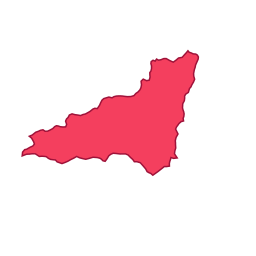 Uchoa, São Paulo, Brazil, rotated 231°
{"feature_id": "56859067B91289400241148", "entity_name": "Uchoa", "entity_type": "district", "adm_level": 2, "iso_a3": "BRA", "parent_name": "Brazil", "parent_adm1": "São Paulo", "projection": "albers", "projection_center": [-49.149, -20.932], "detail": "fine", "context": "isolated", "style": "filled", "palette": "rose", "viewbox_px": 256, "rotation_deg": 231, "n_neighbors": 0, "source": "geoboundaries", "source_scale": "gbopen_adm2", "svg_char_len": 2431}
<svg xmlns="http://www.w3.org/2000/svg" viewBox="0 0 256 256"><g transform="rotate(231 128 128)"><path d="M163.6,193.6L162.9,191.2L164.9,190.1L165.0,187.8L163.6,186.3L161.5,185.4L159.4,183.7L157.9,181.8L157.3,179.8L155.5,178.4L153.7,177.2L151.8,174.6L153.1,172.2L156.4,170.6L156.1,167.6L153.1,165.7L151.3,163.6L150.2,161.5L149.7,158.5L149.9,155.8L149.4,153.0L150.6,150.1L152.7,147.3L154.7,145.3L156.2,143.9L157.5,142.5L158.8,140.9L160.1,139.1L161.2,136.8L161.5,134.6L164.1,132.6L165.2,129.9L166.1,127.7L166.0,125.3L164.7,122.4L163.6,120.3L162.4,116.4L164.2,114.6L164.8,112.6L164.8,108.8L165.2,106.5L165.7,103.7L166.8,101.5L167.5,99.0L169.6,97.2L171.7,95.2L174.2,93.4L175.0,90.6L173.9,88.1L173.7,85.9L172.6,83.8L169.4,82.6L168.1,80.3L169.7,78.1L171.6,76.2L173.4,75.1L174.8,73.8L175.2,71.9L174.9,69.2L175.5,66.0L176.2,63.4L177.7,61.5L180.1,60.8L181.3,58.5L181.8,56.4L182.8,53.6L182.8,49.2L183.7,46.1L180.8,46.7L176.6,46.0L174.4,45.1L173.9,42.6L174.6,40.1L175.0,37.8L175.3,35.8L176.2,34.1L175.6,30.9L172.9,28.2L172.1,30.8L171.4,32.8L169.8,34.9L168.3,37.3L166.3,39.7L164.5,40.3L161.7,41.2L160.2,43.4L158.5,45.2L157.1,46.5L154.6,47.0L152.4,48.0L150.3,50.0L148.8,51.5L146.3,51.6L144.2,52.9L141.9,54.3L140.8,57.5L140.0,60.4L139.5,63.6L138.7,66.9L138.2,70.2L135.5,71.5L132.9,73.4L130.3,75.5L128.9,78.5L127.3,82.4L124.4,85.5L122.3,87.1L120.5,87.7L118.3,87.9L116.5,89.3L117.3,92.4L118.5,95.6L118.4,98.2L117.7,100.6L115.6,102.8L112.9,105.4L109.4,109.8L107.0,111.1L103.6,111.4L100.4,111.9L97.8,111.7L96.2,113.7L93.3,115.7L89.6,115.9L85.1,116.0L82.1,115.4L80.2,116.1L78.4,117.1L75.7,117.6L75.3,123.8L75.2,129.9L75.2,131.9L73.7,133.8L72.3,136.2L74.4,137.8L75.7,139.4L76.8,141.2L78.0,142.8L75.7,144.3L73.8,147.4L78.7,147.9L80.8,150.1L82.4,152.5L85.1,154.4L86.6,155.6L88.3,156.7L90.4,159.4L91.9,163.1L97.2,164.3L98.3,166.4L98.8,168.4L99.4,170.4L99.5,173.3L98.5,175.6L100.8,176.9L101.8,178.6L103.7,180.5L105.8,181.6L107.6,182.2L109.3,183.0L112.4,185.8L113.8,189.0L115.5,190.8L117.2,192.1L118.0,194.2L117.7,197.3L120.0,200.7L120.3,202.7L121.4,204.8L122.5,207.8L124.0,210.5L126.9,211.7L129.1,213.3L131.6,216.3L133.0,218.5L134.4,220.1L136.0,223.2L137.4,225.9L138.9,227.4L141.0,227.8L142.8,227.2L144.6,225.3L146.7,224.3L148.3,223.2L150.3,223.2L149.8,220.8L149.4,218.0L148.8,214.6L150.6,211.3L150.5,208.2L150.7,204.6L154.1,202.9L157.9,201.4L159.5,199.4L160.3,196.6L161.5,194.4L163.6,193.6Z" fill="#f43f5e" stroke="#9f1239" stroke-width="1.5"/></g></svg>